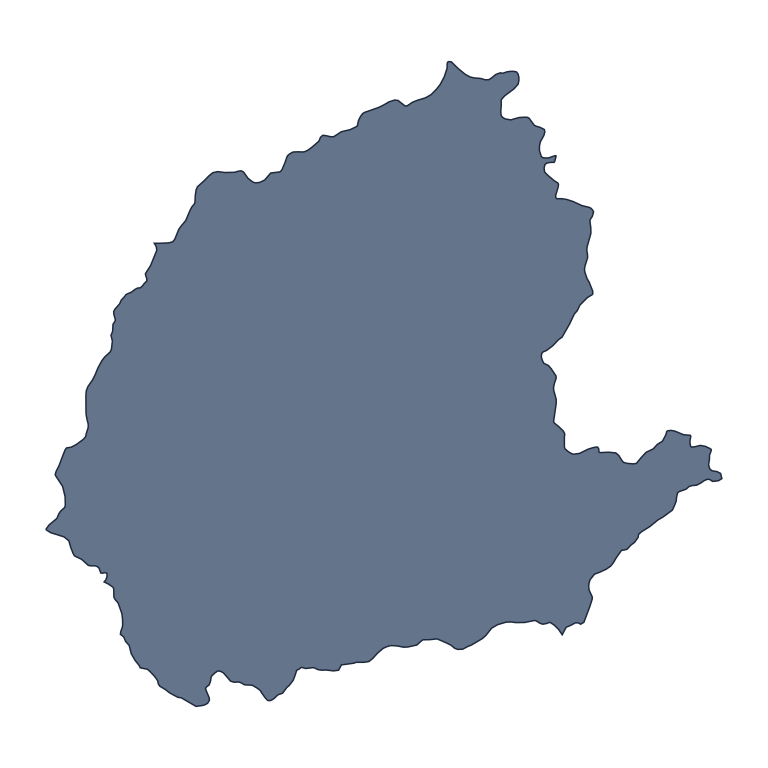 outline of Ngan Son, Bắc Kạn, Vietnam
{"feature_id": "81297802B68784640933993", "entity_name": "Ngan Son", "entity_type": "district", "adm_level": 2, "iso_a3": "VNM", "parent_name": "Vietnam", "parent_adm1": "Bắc Kạn", "projection": "orthographic", "projection_center": [106.019, 22.43], "detail": "fine", "context": "isolated", "style": "filled", "palette": "slate", "viewbox_px": 768, "rotation_deg": 0, "n_neighbors": 0, "source": "geoboundaries", "source_scale": "gbopen_adm2", "svg_char_len": 6055}
<svg xmlns="http://www.w3.org/2000/svg" viewBox="0 0 768 768"><path d="M120.4,634.3L123.7,636.9L125.6,641.4L129.2,645.5L131.2,653.6L135.1,660.4L139.3,665.7L140.2,667.8L147.5,669.3L150.6,672.1L154.6,676.4L157.6,680.6L158.4,684.1L159.8,686.2L165.3,689.5L169.5,692.8L177.8,697.3L181.3,697.8L196.0,706.4L202.5,705.5L204.9,704.8L207.6,703.3L209.4,700.3L209.3,698.0L205.5,688.9L206.4,687.0L209.1,685.0L210.5,681.3L211.2,676.7L211.8,675.9L214.7,673.1L217.7,671.0L220.3,671.2L223.5,672.9L230.5,681.1L233.9,682.2L239.0,682.0L241.5,683.0L244.5,684.8L252.2,685.2L256.8,687.9L260.1,690.3L261.8,693.1L265.2,697.8L267.6,700.4L269.4,700.7L271.2,700.3L274.0,698.6L277.8,694.9L282.6,693.2L286.9,687.4L289.2,685.5L293.2,680.3L295.2,675.0L296.7,670.3L299.4,668.9L301.4,667.3L305.5,668.5L313.6,667.6L318.2,669.7L321.6,670.2L325.9,670.0L333.6,670.9L338.6,670.2L341.4,664.9L353.8,663.2L356.3,662.3L364.0,662.3L368.8,661.6L372.6,658.6L377.5,653.2L383.1,648.4L386.5,646.8L390.5,645.6L393.7,645.7L397.6,646.0L403.5,647.2L407.9,647.0L416.9,645.0L420.8,641.4L422.9,639.8L429.4,639.7L437.1,638.9L445.5,642.5L451.0,645.2L454.7,648.3L457.7,649.4L462.7,649.2L467.8,646.5L471.5,645.0L482.5,638.5L486.0,635.3L491.6,628.2L497.5,624.7L506.3,622.1L511.8,622.0L515.5,622.6L524.6,622.5L534.4,620.5L536.0,620.8L540.0,623.3L542.8,624.2L546.2,623.6L549.9,622.3L554.1,625.0L558.5,629.3L562.2,634.8L566.2,627.2L570.2,625.6L575.5,622.8L578.2,622.9L580.7,624.2L583.9,622.3L590.0,606.1L592.2,599.1L592.3,597.0L589.1,590.1L588.7,586.2L589.0,583.4L590.1,579.7L594.5,574.2L600.0,572.1L606.2,569.2L610.6,566.2L613.4,562.7L616.3,557.7L621.5,550.4L624.8,549.9L627.1,549.2L630.9,545.1L634.5,542.4L638.1,537.4L638.6,534.3L641.9,531.5L649.8,526.6L657.7,520.1L662.9,517.1L672.4,510.1L674.5,505.5L676.2,501.1L676.6,497.0L677.6,492.9L678.9,491.7L686.2,489.1L688.9,486.6L691.9,485.6L696.6,485.2L700.8,483.0L704.1,480.7L707.5,479.2L710.0,479.6L712.4,481.3L714.2,481.3L718.5,480.7L721.9,478.6L720.6,473.4L717.0,471.6L712.2,470.8L709.8,469.0L708.6,464.8L709.5,458.7L709.5,455.3L711.2,450.7L711.2,449.4L709.5,448.3L705.2,446.3L700.3,445.4L694.7,446.8L691.2,447.0L690.3,445.4L689.9,441.1L690.8,436.3L690.3,435.3L683.5,434.7L675.1,431.2L671.3,430.4L668.0,430.7L666.8,431.4L665.8,434.9L662.5,441.1L657.3,444.4L653.2,448.9L646.1,452.3L640.9,457.9L636.4,463.4L633.4,463.9L627.5,463.4L623.5,462.4L621.9,460.4L618.8,455.5L615.8,452.9L608.5,452.2L600.3,452.6L599.0,452.1L598.7,448.7L597.6,447.1L596.0,447.1L593.2,447.6L588.3,449.1L579.5,453.4L573.6,454.2L571.7,453.7L568.1,451.5L565.0,448.8L564.4,446.9L564.4,436.5L564.8,434.7L564.4,433.0L563.1,430.8L558.7,426.6L554.3,423.0L553.6,421.4L555.9,405.7L556.2,403.5L556.2,399.3L553.8,390.6L553.5,387.8L554.3,383.7L556.2,378.1L556.0,375.9L551.1,368.6L548.5,365.6L543.7,363.2L542.4,360.4L541.4,357.5L541.4,355.6L541.7,353.6L543.1,351.9L546.5,350.5L552.8,345.7L558.6,339.6L562.1,337.1L569.8,323.6L574.3,314.0L577.2,310.8L579.9,305.1L587.5,297.5L592.2,294.7L592.8,293.9L592.7,291.1L589.1,282.0L587.0,278.5L584.9,272.2L584.5,269.7L584.9,266.4L587.6,257.7L587.5,254.5L586.8,250.2L587.2,246.5L590.9,233.4L590.8,227.7L590.1,222.5L590.0,219.9L592.3,216.4L593.6,211.9L592.5,209.9L590.9,208.2L589.3,207.4L581.9,205.6L573.3,201.6L566.9,199.5L561.9,198.7L556.8,198.7L555.8,197.8L555.7,195.4L558.2,186.9L558.5,184.4L557.9,183.0L554.2,180.7L547.5,175.0L544.6,172.0L544.1,168.2L544.9,164.6L546.8,163.1L549.6,162.5L554.2,162.3L554.9,160.9L556.1,156.0L555.5,155.6L553.7,156.1L548.6,157.9L544.8,158.0L542.8,157.6L541.3,156.5L539.5,150.9L539.4,146.6L540.3,142.0L543.9,135.4L544.9,131.8L544.3,129.5L540.2,127.4L535.9,126.1L534.1,125.1L529.1,118.2L527.3,117.3L524.9,117.2L519.1,117.5L510.8,119.9L505.1,118.9L502.7,117.4L501.5,116.1L500.9,113.8L500.8,110.6L501.3,105.1L501.2,100.4L501.7,99.1L504.6,95.9L513.9,88.9L518.1,84.2L518.9,80.5L518.9,77.4L518.0,73.8L516.4,71.9L513.3,71.3L510.2,71.4L507.1,71.8L502.7,73.3L500.4,72.8L495.9,74.4L491.2,78.2L488.8,79.7L485.3,79.8L480.4,78.4L474.6,78.0L470.2,77.0L465.2,74.3L458.0,68.4L451.3,61.8L448.6,61.6L447.6,62.2L447.1,64.1L447.1,68.1L444.3,76.7L440.3,84.3L436.3,89.4L431.0,94.7L425.3,97.9L417.6,100.2L412.4,102.3L407.5,105.6L405.2,106.1L398.1,100.5L394.8,100.0L388.9,101.9L383.8,104.9L378.8,107.4L364.3,112.5L362.4,113.8L360.2,117.0L358.5,120.5L357.4,125.8L356.1,126.8L350.0,129.7L341.4,131.7L333.9,136.6L331.0,136.8L325.7,135.6L322.8,135.3L320.5,137.3L318.9,141.2L312.2,147.0L308.2,150.0L305.5,151.4L303.2,152.0L298.3,151.8L293.1,152.0L289.6,153.9L287.3,156.0L284.8,163.1L281.8,170.1L279.9,171.9L270.7,173.0L264.7,180.0L259.8,182.4L255.6,182.9L252.9,182.1L248.0,178.3L243.6,172.1L241.3,170.8L238.3,171.2L234.5,172.3L224.7,172.5L217.7,171.6L212.8,172.7L209.0,175.8L203.9,181.0L197.5,186.7L196.1,189.9L195.3,195.4L195.0,201.9L194.5,203.7L191.8,207.0L190.1,210.2L185.7,220.6L181.1,226.1L178.8,229.3L174.8,239.2L172.7,241.8L168.6,242.9L159.2,243.3L154.3,243.3L155.6,245.3L156.4,247.4L156.8,250.2L150.6,265.5L145.5,273.5L145.5,274.9L146.7,278.4L146.9,280.9L144.3,283.4L142.5,285.9L140.3,287.8L137.4,288.1L135.2,289.3L131.2,292.3L127.7,293.7L126.0,294.6L124.3,296.9L121.2,300.2L119.6,303.9L115.1,308.9L113.7,311.5L113.8,314.1L115.4,320.0L114.9,321.4L113.0,324.2L112.6,331.5L111.0,335.4L112.4,341.0L111.4,349.4L110.1,352.0L104.7,357.0L101.9,360.6L97.8,368.2L95.3,374.4L92.6,379.8L87.9,386.6L86.3,390.7L85.9,395.4L86.0,412.5L86.3,415.7L87.3,420.6L88.2,423.9L88.2,427.5L86.1,434.1L85.8,436.4L83.5,439.2L76.5,444.4L71.2,447.2L66.6,447.9L65.3,449.5L63.1,454.8L59.1,465.5L56.1,471.4L55.2,474.7L55.8,476.0L62.6,486.4L65.1,496.7L65.3,505.6L64.5,507.6L60.5,511.3L58.8,513.8L56.9,518.4L49.2,524.8L46.1,529.0L46.3,529.9L50.7,532.7L64.1,536.9L68.9,540.9L70.7,547.3L73.1,553.5L74.5,555.9L81.7,559.4L88.3,565.4L91.5,565.9L95.1,565.8L97.3,566.6L99.0,568.1L100.8,573.0L102.5,573.2L104.8,572.6L106.7,573.2L107.0,574.0L107.0,576.6L105.9,579.8L104.1,581.9L108.3,584.0L112.9,587.1L113.4,588.1L113.8,589.8L113.8,596.0L114.1,597.7L115.4,599.9L118.1,602.9L121.9,613.7L122.5,618.8L122.7,624.4L122.4,626.8L120.8,631.6L120.4,634.3Z" fill="#64748b" stroke="#1e293b" stroke-width="1.5"/></svg>